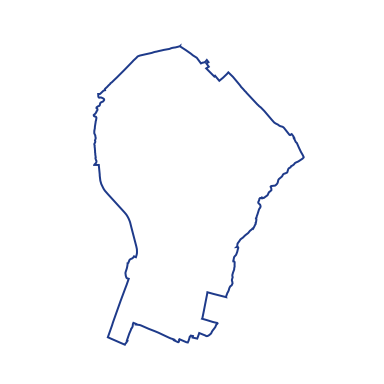 the district of Dimacheni, Botosani, Romania, rotated 256°
{"feature_id": "2599482B21601290195864", "entity_name": "Dimacheni", "entity_type": "district", "adm_level": 2, "iso_a3": "ROU", "parent_name": "Romania", "parent_adm1": "Botosani", "projection": "albers", "projection_center": [26.55, 47.903], "detail": "fine", "context": "isolated", "style": "outline", "palette": "blue", "viewbox_px": 384, "rotation_deg": 256, "n_neighbors": 0, "source": "geoboundaries", "source_scale": "gbopen_adm2", "svg_char_len": 6000}
<svg xmlns="http://www.w3.org/2000/svg" viewBox="0 0 384 384"><g transform="rotate(256 192 192)"><path d="M293.8,259.6L299.3,256.2L298.1,254.5L295.4,249.8L293.3,245.4L299.2,242.5L298.6,241.6L308.5,235.7L309.5,238.6L313.2,237.1L314.0,239.4L316.5,238.3L315.6,237.1L315.2,236.5L314.9,235.7L314.8,234.9L314.9,233.4L314.6,231.8L321.1,229.1L324.3,226.0L326.6,224.3L331.2,220.3L335.9,215.9L336.3,215.6L336.5,215.7L336.4,215.5L336.3,213.8L336.3,210.8L336.4,210.0L336.5,209.1L336.6,207.6L336.5,206.0L336.3,205.0L336.3,204.3L336.4,203.1L336.7,198.9L336.7,197.4L336.8,194.0L336.8,191.5L336.9,190.3L336.9,189.0L336.7,186.6L336.8,182.7L336.9,179.2L337.0,174.4L336.7,172.2L336.5,171.7L336.0,171.1L335.1,169.5L334.0,167.5L333.7,166.9L333.1,166.1L326.4,155.3L323.3,150.1L321.3,146.8L319.9,144.3L319.2,143.1L317.8,140.7L317.3,139.3L317.2,139.2L316.9,139.0L316.6,138.6L315.5,136.6L314.6,135.3L313.2,132.7L312.9,132.4L311.8,132.3L311.8,131.4L311.8,130.9L311.7,130.6L309.5,126.7L309.4,126.4L309.5,125.9L309.8,124.7L307.2,124.2L306.7,124.3L306.3,124.4L306.1,124.6L305.9,125.0L305.8,126.5L305.3,127.2L304.7,128.0L303.9,128.8L303.4,129.1L302.9,129.1L302.5,129.0L301.7,128.1L301.4,127.7L301.2,126.9L301.1,125.7L300.8,125.2L300.7,124.8L300.5,124.6L299.5,123.9L299.1,123.8L298.8,123.7L298.1,123.0L298.0,122.7L297.9,121.6L297.6,120.8L297.4,120.6L297.3,120.0L297.1,119.8L296.4,119.6L296.2,119.7L295.7,120.2L295.3,120.3L294.7,120.2L294.2,119.9L293.9,119.7L293.4,118.9L293.0,118.6L292.5,118.4L291.8,117.6L291.2,116.7L290.5,115.3L290.1,115.2L289.4,115.3L289.1,115.6L288.8,115.9L288.6,116.5L288.4,116.8L287.9,117.1L287.3,117.2L286.8,117.1L284.5,116.1L284.0,115.7L282.9,115.3L278.9,113.6L277.0,113.0L276.1,112.5L275.7,112.4L274.8,111.9L274.0,111.8L273.1,111.5L272.6,111.4L272.0,111.5L270.5,111.8L269.8,111.8L268.7,111.6L268.3,111.7L267.8,111.6L267.3,111.5L266.7,111.1L265.4,110.3L264.5,110.4L263.7,110.1L263.2,109.7L262.6,109.1L262.1,108.8L261.2,108.7L260.4,108.8L259.3,108.4L258.4,108.4L256.8,108.1L255.4,107.9L253.7,107.5L253.0,107.5L251.6,107.2L249.4,107.0L249.0,107.0L248.7,106.9L248.5,106.6L248.3,106.5L247.3,106.5L246.1,106.6L245.1,106.8L244.1,106.4L243.7,106.1L243.1,105.4L242.7,104.8L242.1,103.8L241.9,103.7L240.8,108.1L231.4,106.7L230.0,106.4L225.2,105.8L221.7,105.9L217.4,106.8L215.9,107.2L214.1,107.9L210.2,109.9L188.5,121.6L186.0,122.8L183.9,123.5L181.5,124.1L178.7,124.5L177.5,124.6L173.9,124.6L172.1,124.6L152.9,124.8L149.9,124.7L147.5,124.2L146.0,123.8L144.5,123.1L142.3,121.8L142.9,120.9L143.6,120.2L142.8,119.3L142.6,119.1L142.0,117.8L141.8,116.4L141.6,115.7L141.2,115.0L140.7,114.5L140.1,114.2L139.3,113.5L138.7,113.2L138.4,112.7L138.4,112.2L137.7,112.1L136.7,111.7L135.3,111.1L133.7,110.3L130.5,108.3L129.5,107.8L127.7,107.6L127.0,107.5L125.2,107.6L124.6,107.7L124.0,108.1L123.1,109.6L117.6,106.0L114.6,103.9L103.8,96.5L84.5,83.7L82.0,82.2L71.4,75.2L62.6,86.6L60.1,89.9L61.1,90.8L61.6,91.7L62.7,92.8L63.1,93.3L63.5,92.8L69.8,96.9L73.2,99.5L74.0,99.9L74.2,100.1L74.2,100.3L75.4,101.5L76.0,101.9L77.9,102.6L78.3,102.8L79.2,103.5L77.5,105.9L77.0,105.5L75.6,109.1L74.8,110.3L69.7,116.9L65.9,122.3L63.6,125.4L58.2,132.0L56.1,134.6L54.9,136.2L54.1,137.6L53.0,139.1L52.5,138.6L49.6,142.2L49.6,142.5L49.8,142.9L50.0,143.1L50.7,143.5L51.5,143.6L51.9,143.8L52.2,144.2L47.6,150.2L47.0,151.5L48.4,152.6L50.1,153.7L52.1,154.8L52.3,155.0L52.3,155.4L52.2,155.7L52.9,156.2L52.0,158.1L50.6,157.4L48.5,161.6L50.5,163.0L53.4,164.9L49.4,170.4L48.8,170.9L48.6,171.4L48.5,172.3L48.8,173.5L49.0,174.1L50.0,176.1L50.8,176.9L51.4,177.3L52.6,178.5L53.2,179.3L54.2,180.6L55.4,182.0L57.2,183.3L58.1,184.7L58.3,185.0L58.5,185.0L58.9,184.7L59.2,184.0L59.9,182.6L60.9,180.7L64.3,175.1L66.6,171.1L67.0,171.5L67.6,171.8L73.9,174.8L78.2,176.8L88.9,181.8L91.0,182.7L88.0,188.0L81.7,199.7L82.0,199.7L82.5,199.9L85.6,202.0L86.6,203.0L87.8,203.9L88.7,204.4L89.4,204.8L90.1,205.3L91.2,206.3L91.8,207.8L92.2,208.2L93.5,209.2L95.1,209.4L96.2,209.3L96.9,209.4L97.4,209.6L98.4,210.2L99.6,210.9L100.3,210.8L101.6,211.0L103.9,212.3L106.5,214.1L108.0,214.6L109.3,215.3L111.1,215.7L113.6,216.4L114.0,216.3L114.4,216.1L114.7,215.3L115.3,215.4L115.9,215.8L118.2,216.9L119.0,217.5L120.3,219.5L121.1,220.1L123.0,221.4L125.5,222.7L126.1,223.1L126.7,223.4L127.1,223.4L127.4,223.3L127.6,223.0L127.8,221.9L128.2,222.6L128.8,222.9L130.7,223.6L131.3,224.1L132.5,225.6L134.3,227.6L134.5,228.0L134.6,228.3L135.0,229.2L135.4,230.3L136.8,232.6L137.4,233.8L138.6,236.6L140.3,238.8L141.1,240.6L141.4,241.2L141.9,241.9L141.5,242.3L142.3,243.1L144.0,244.6L144.6,245.0L145.4,245.9L145.9,246.2L146.3,246.1L146.8,246.3L147.2,246.8L149.6,247.8L150.3,247.9L150.6,247.9L150.8,247.6L151.1,247.7L151.5,248.3L151.9,248.6L152.7,248.9L154.6,250.2L158.4,252.5L159.6,253.4L160.3,254.4L161.3,255.0L162.3,255.1L163.2,255.0L164.9,253.9L165.5,253.7L166.0,253.8L166.7,254.2L167.3,254.8L168.2,255.4L168.9,255.6L169.4,256.2L169.7,256.7L169.5,257.5L169.1,257.9L169.0,258.3L169.7,258.3L169.8,258.4L169.5,258.9L168.9,259.9L168.9,260.4L169.8,262.5L170.2,263.6L170.7,264.6L173.1,266.5L173.7,267.9L174.5,269.4L175.5,269.7L176.7,269.8L177.6,269.6L178.2,269.6L178.6,270.3L178.3,272.9L178.1,274.0L178.5,275.1L179.3,276.4L180.3,277.4L182.7,278.6L183.5,279.4L185.1,282.7L185.6,283.4L187.0,284.6L187.4,285.6L187.5,286.5L187.5,287.3L187.7,287.9L187.8,288.8L188.2,289.3L190.9,290.9L191.6,291.7L191.9,292.9L192.0,293.1L192.1,293.6L192.8,294.1L193.2,294.7L193.2,295.2L193.4,295.9L193.6,296.5L194.1,297.6L194.8,298.4L195.2,299.0L195.5,300.1L195.9,302.5L196.4,303.9L197.6,307.3L198.5,308.7L199.0,308.8L201.4,308.3L204.5,307.4L209.5,306.4L214.2,305.6L215.2,304.9L215.7,304.7L217.4,304.4L219.6,303.8L219.7,304.3L221.9,303.7L224.1,302.7L224.0,302.2L223.5,301.1L223.6,300.8L223.8,300.5L224.1,300.3L231.9,296.8L232.7,296.3L233.4,295.6L234.6,293.5L235.2,292.8L236.7,291.6L238.2,289.8L239.5,288.6L242.5,287.0L253.0,281.8L257.3,279.3L259.2,277.8L260.2,277.3L260.8,276.8L275.2,268.8L276.0,268.5L277.0,267.8L279.4,266.6L282.4,264.9L282.9,264.8L284.3,264.2L293.8,259.6Z" fill="none" stroke="#1e3a8a" stroke-width="2"/></g></svg>